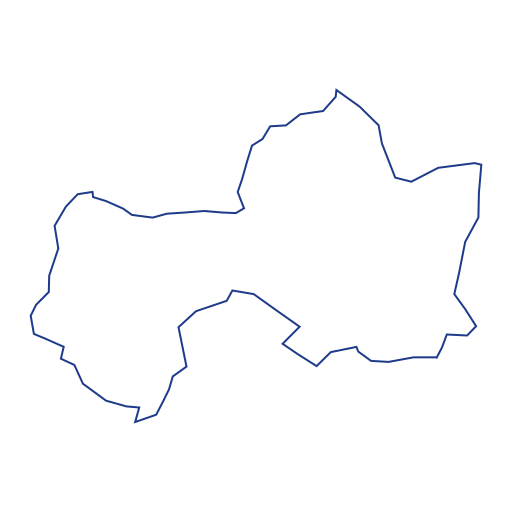 Mamonia, Paphos, Cyprus (Equal Earth projection)
{"feature_id": "46923920B75791166452809", "entity_name": "Mamonia", "entity_type": "district", "adm_level": 2, "iso_a3": "CYP", "parent_name": "Cyprus", "parent_adm1": "Paphos", "projection": "equal_earth", "projection_center": [32.626, 34.767], "detail": "fine", "context": "isolated", "style": "outline", "palette": "blue", "viewbox_px": 512, "rotation_deg": 0, "n_neighbors": 0, "source": "geoboundaries", "source_scale": "gbopen_adm2", "svg_char_len": 1116}
<svg xmlns="http://www.w3.org/2000/svg" viewBox="0 0 512 512"><path d="M92.5,191.9L77.7,194.2L65.9,206.6L54.6,225.8L58.3,248.5L49.2,275.7L48.8,292.0L36.1,304.8L30.7,315.7L33.9,333.9L44.7,338.4L63.7,346.8L60.9,358.7L74.4,365.0L82.9,383.7L106.1,400.7L126.4,406.4L139.2,407.5L135.2,422.0L156.2,414.7L162.9,401.8L169.0,389.4L172.8,376.4L186.5,366.6L178.5,327.2L196.0,311.2L226.7,300.8L232.4,290.5L253.7,294.1L276.9,310.7L299.6,326.7L282.6,343.8L297.7,354.1L316.6,366.1L330.8,352.1L356.4,346.9L358.3,351.6L371.1,360.9L388.6,361.9L413.6,357.3L436.3,357.3L436.7,357.6L442.0,347.4L446.8,334.5L467.1,335.5L476.1,326.2L465.2,309.1L454.3,294.1L459.1,272.9L465.2,241.8L478.4,217.5L478.9,193.1L480.8,171.0L481.3,164.7L474.7,163.1L438.2,167.8L411.3,181.7L395.2,177.6L381.9,143.4L378.6,125.3L359.7,106.7L336.4,90.0L335.7,96.8L323.1,111.0L300.2,114.3L285.9,125.4L270.2,126.3L262.5,139.0L252.0,145.6L247.3,160.7L242.1,179.1L237.7,192.0L244.0,208.3L235.8,213.1L222.0,212.5L204.1,211.0L185.1,212.5L166.9,213.7L152.6,217.6L131.9,214.9L123.1,208.6L106.1,201.1L93.1,197.1L92.5,191.9Z" fill="none" stroke="#1e3a8a" stroke-width="2"/></svg>